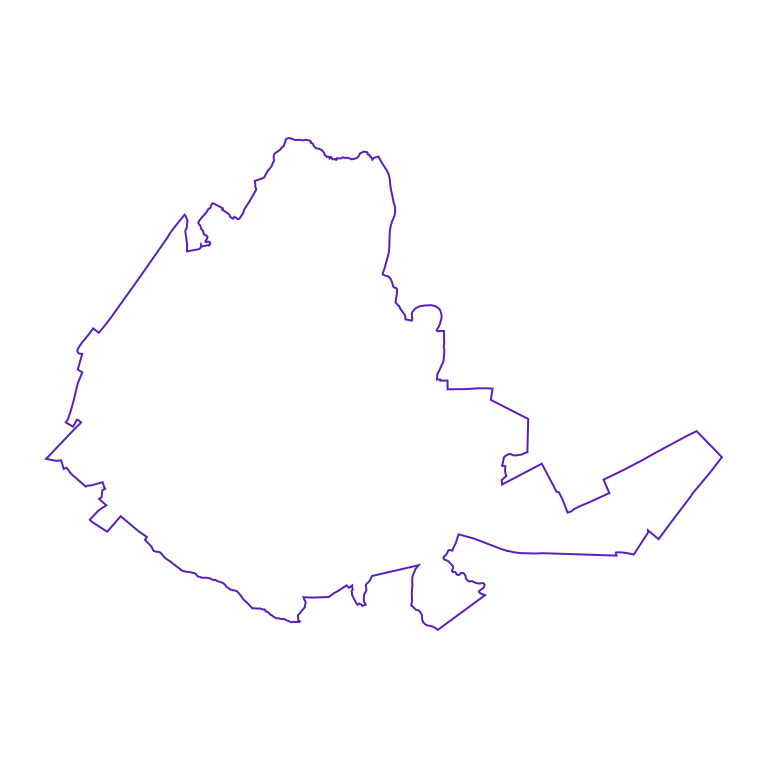 outline of Bals, Olt, Romania
{"feature_id": "2599482B96753080238477", "entity_name": "Bals", "entity_type": "district", "adm_level": 2, "iso_a3": "ROU", "parent_name": "Romania", "parent_adm1": "Olt", "projection": "orthographic", "projection_center": [24.107, 44.36], "detail": "fine", "context": "isolated", "style": "outline", "palette": "violet", "viewbox_px": 768, "rotation_deg": 0, "n_neighbors": 0, "source": "geoboundaries", "source_scale": "gbopen_adm2", "svg_char_len": 6089}
<svg xmlns="http://www.w3.org/2000/svg" viewBox="0 0 768 768"><path d="M181.0,570.0L182.2,570.7L185.2,571.6L188.7,571.9L194.7,573.3L195.7,573.8L197.7,576.4L200.5,577.1L201.6,577.7L207.5,577.8L210.3,578.5L213.0,579.9L215.5,580.0L216.7,580.8L222.3,582.7L223.9,583.6L226.5,586.7L230.4,589.6L236.0,590.8L237.2,591.5L240.8,595.6L243.6,599.7L246.9,602.5L252.3,608.2L259.2,608.6L260.1,608.4L262.2,609.3L264.7,609.5L265.2,610.0L265.5,611.2L266.7,611.5L268.9,613.0L270.7,614.9L271.6,615.1L274.0,617.1L276.8,618.4L278.9,618.3L281.4,619.1L284.0,618.9L285.3,619.7L291.5,622.3L292.6,621.9L299.2,622.1L299.8,621.3L298.6,620.9L298.2,620.3L298.0,615.3L305.0,607.0L304.9,605.3L305.6,603.5L305.6,601.9L304.5,600.0L303.5,597.2L312.1,597.6L328.8,597.0L334.5,592.8L338.2,590.9L346.6,585.4L349.0,587.8L352.1,585.4L352.6,589.9L351.5,591.1L352.1,593.5L352.0,594.7L356.0,602.7L357.5,604.8L359.4,603.5L361.6,604.9L362.4,605.9L365.7,604.7L364.9,603.0L363.9,601.8L363.8,598.3L364.1,594.9L364.5,593.6L365.2,592.8L366.4,590.2L365.8,585.2L366.9,583.3L368.4,582.4L369.9,580.4L372.0,576.0L418.7,565.2L415.6,568.9L412.8,575.5L412.4,577.0L412.2,581.4L412.4,586.0L411.8,592.9L412.1,601.2L411.1,605.5L412.6,606.4L415.8,609.7L418.7,610.4L420.0,611.6L421.9,615.2L422.1,618.8L422.7,621.2L423.3,622.4L424.9,624.0L426.5,625.1L432.8,626.6L436.4,628.7L437.8,629.9L485.0,595.2L481.4,593.8L480.1,593.1L479.1,591.9L479.1,591.3L479.4,590.8L483.7,587.7L484.5,585.2L484.6,584.7L483.9,583.6L482.6,583.1L479.3,583.5L476.1,583.1L472.1,581.2L470.8,581.1L469.6,581.6L468.8,581.4L466.8,579.8L466.1,578.6L465.3,575.4L463.9,573.5L462.8,572.9L461.1,572.9L459.1,574.9L458.3,575.1L456.6,574.4L455.7,572.3L454.4,571.7L453.1,572.1L452.0,570.9L452.3,569.4L453.1,568.4L453.2,567.3L452.8,566.0L448.7,561.6L447.6,560.7L445.1,559.9L443.6,558.6L443.5,557.1L445.8,555.0L447.1,553.4L448.0,551.0L448.7,550.2L450.1,550.0L451.7,550.7L452.5,550.6L453.0,548.6L455.8,542.9L458.6,534.4L473.6,538.4L501.7,549.2L507.7,551.1L507.8,550.8L513.4,552.2L520.1,553.1L535.8,553.5L543.0,553.2L616.5,555.6L615.9,553.7L615.9,552.6L616.3,552.3L621.9,552.4L628.2,553.3L633.8,554.5L647.7,533.1L648.1,532.2L648.0,530.3L658.6,539.2L669.7,524.1L691.4,495.5L691.8,494.4L710.1,472.5L721.9,457.2L696.6,431.1L685.7,436.5L654.5,453.3L641.9,460.4L622.4,470.6L603.6,479.6L609.3,493.1L587.6,503.0L579.6,506.3L574.0,509.2L570.8,511.6L567.6,512.6L562.3,498.9L558.9,492.4L556.6,491.8L541.8,463.7L502.1,484.5L501.7,480.2L506.4,475.8L505.6,474.0L505.0,470.9L505.4,466.2L502.0,465.7L502.5,464.4L503.9,457.5L504.4,456.7L507.3,454.8L509.4,453.9L510.9,454.2L513.5,455.4L516.8,455.3L521.7,454.5L525.1,452.9L527.4,452.2L528.2,419.0L490.8,399.9L492.6,388.7L487.9,388.3L478.8,388.3L465.4,389.1L447.6,389.3L447.5,380.5L440.5,380.7L440.4,379.6L437.0,379.6L437.3,374.3L440.6,367.7L441.7,364.9L442.9,362.9L443.5,360.9L444.3,352.5L444.3,349.9L443.7,347.3L444.2,342.5L443.9,330.9L437.5,331.2L436.8,330.6L437.5,328.5L438.6,327.0L440.1,323.3L441.5,318.3L441.6,315.8L441.4,314.1L440.1,310.1L438.7,308.4L436.6,306.9L434.5,305.9L431.4,305.2L424.8,305.5L420.2,306.1L415.9,308.1L413.9,309.9L412.1,312.4L411.8,314.2L412.3,318.9L411.9,320.6L405.5,319.4L405.3,316.0L404.0,313.6L400.6,309.2L399.0,305.9L398.4,305.8L395.5,302.2L396.6,295.4L397.1,290.8L396.9,288.9L395.9,287.9L394.1,287.6L393.3,286.5L391.2,279.9L389.5,277.3L388.8,277.2L388.4,276.4L384.9,275.5L382.7,274.4L382.9,272.8L384.5,268.5L388.7,253.3L389.3,247.1L389.6,235.5L390.0,230.1L390.8,225.6L392.1,221.3L394.6,215.7L395.1,212.2L395.1,208.6L394.8,205.9L393.7,203.0L392.4,195.9L391.3,191.4L390.4,186.0L389.6,177.9L388.6,174.3L386.5,170.0L381.4,162.0L378.5,156.6L373.7,157.9L372.3,159.7L370.9,156.9L369.7,156.1L369.5,155.0L367.6,154.3L367.6,153.1L367.2,152.3L366.3,151.9L364.9,151.9L363.7,151.6L360.0,153.4L359.7,153.7L359.4,155.2L357.5,157.5L356.3,158.2L353.0,159.1L351.7,159.3L348.0,157.8L345.0,157.9L342.9,157.4L342.2,157.4L341.1,158.4L336.8,158.3L336.6,158.6L336.8,159.6L336.3,159.9L335.7,159.8L335.1,159.0L332.7,159.4L331.9,158.7L331.7,157.7L331.0,157.2L330.7,157.2L330.4,158.1L329.8,158.4L329.9,156.9L328.4,157.2L327.7,156.8L326.8,156.9L326.2,156.0L324.7,155.2L324.4,153.1L321.8,150.1L319.1,148.7L316.9,148.5L315.7,148.0L313.8,145.9L312.8,143.7L311.0,142.9L310.7,142.4L311.0,141.9L310.9,141.6L308.9,140.3L306.9,140.2L306.1,139.7L303.3,140.3L298.3,139.8L295.2,140.1L289.8,138.1L288.5,138.2L286.7,138.7L285.7,139.5L285.5,141.1L284.4,143.8L284.0,145.7L282.3,147.0L279.8,150.0L275.4,153.0L274.3,154.1L273.6,156.8L274.1,160.9L273.1,162.2L271.6,166.3L267.9,170.6L264.0,177.7L254.7,181.0L255.3,184.0L255.3,186.7L256.2,189.0L256.1,189.8L249.5,201.4L244.5,209.0L243.2,213.1L239.3,218.8L237.6,219.2L236.3,217.9L234.4,216.8L232.9,218.7L230.2,216.9L229.6,215.1L227.8,213.2L222.2,209.8L223.0,208.6L222.8,208.3L213.3,203.3L212.5,203.3L210.8,205.9L210.6,207.4L210.2,208.1L208.5,208.8L206.0,212.9L202.4,216.8L199.4,220.5L198.7,221.8L198.4,223.0L198.8,223.9L200.5,226.1L201.3,229.2L203.1,230.8L203.1,231.9L203.7,233.2L203.7,234.2L204.8,235.0L206.3,235.4L207.5,237.1L207.0,238.8L205.5,240.9L205.5,241.8L206.4,242.1L207.7,241.7L209.2,241.8L209.9,242.5L210.3,243.7L209.4,244.3L209.5,245.0L209.0,245.6L207.0,245.3L202.0,246.5L201.1,244.7L200.7,247.6L199.3,249.1L187.0,251.4L187.1,244.0L185.3,231.4L185.5,230.1L186.7,228.0L187.5,220.5L185.7,216.2L184.6,214.7L175.0,226.6L169.8,233.5L167.5,237.5L138.5,279.0L111.0,317.5L104.5,325.9L98.8,332.8L93.2,328.4L88.6,334.6L81.5,343.2L77.9,348.8L77.2,350.9L78.7,353.4L82.2,354.0L77.8,369.5L82.3,372.5L77.8,383.2L73.7,400.4L70.1,413.0L67.7,419.6L65.8,422.4L73.0,426.7L74.6,424.0L76.8,419.7L78.6,420.3L81.1,422.5L72.9,430.7L46.1,458.9L56.8,460.9L61.1,460.3L63.7,468.9L66.3,467.7L68.5,470.0L70.1,472.6L71.9,474.5L85.8,486.6L87.1,485.7L91.2,485.4L102.6,482.2L104.0,486.5L105.1,488.8L102.5,490.0L101.9,493.7L101.6,497.4L99.8,498.3L99.1,499.0L106.3,505.3L98.8,510.2L89.8,519.7L90.3,520.5L93.7,523.1L107.3,531.7L120.7,516.2L138.0,530.8L146.9,537.0L145.0,539.8L151.7,546.9L153.0,549.9L153.8,550.9L156.2,551.7L158.6,551.9L160.5,552.7L165.2,558.1L170.8,561.8L172.2,563.1L180.9,569.6L181.0,570.0Z" fill="none" stroke="#5b21b6" stroke-width="2"/></svg>